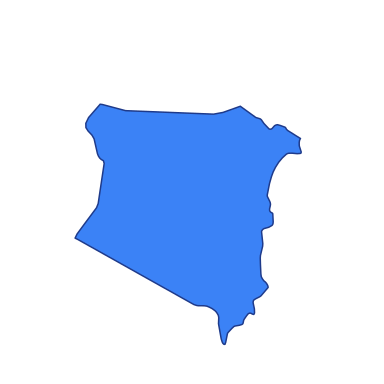 the Governorate of Kebili, rotated 41°
{"feature_id": "TUN-97", "entity_name": "Kebili", "entity_type": "Governorate", "adm_level": 1, "iso_a3": "TUN", "parent_name": "Tunisia", "parent_adm1": "", "projection": "robinson", "projection_center": [9.372, 33.366], "detail": "fine", "context": "isolated", "style": "filled", "palette": "blue", "viewbox_px": 384, "rotation_deg": 41, "n_neighbors": 0, "source": "natural_earth", "source_scale": "10m", "svg_char_len": 2409}
<svg xmlns="http://www.w3.org/2000/svg" viewBox="0 0 384 384"><g transform="rotate(41 192 192)"><path d="M102.2,227.0L99.9,226.9L97.6,226.2L95.5,225.1L83.2,216.1L79.1,214.7L73.8,214.2L69.7,213.0L66.8,209.8L65.1,203.6L65.1,186.0L66.9,184.8L88.5,174.2L157.2,119.1L163.2,111.6L172.2,95.6L191.3,93.9L195.3,92.1L196.2,92.0L197.0,92.0L201.3,93.1L208.3,93.8L209.0,93.8L209.3,93.6L209.7,93.4L210.1,93.0L210.5,92.5L210.7,91.9L210.8,91.4L210.8,88.5L210.9,87.6L211.1,87.1L211.3,86.6L211.6,86.1L212.0,85.6L212.4,85.1L214.9,83.9L219.3,82.2L220.2,82.0L222.2,82.7L223.9,82.8L238.7,80.5L239.4,82.7L240.5,84.4L242.4,86.5L243.0,87.0L248.1,90.1L248.5,90.7L248.7,91.2L248.5,91.7L248.2,92.1L246.2,94.1L242.0,97.1L240.0,98.9L239.5,99.4L239.2,99.8L238.7,100.7L238.4,101.6L237.8,107.0L237.9,112.7L238.8,118.6L240.1,123.6L241.9,128.3L244.9,134.7L250.7,144.8L251.1,145.3L251.5,145.7L252.0,146.0L256.9,148.1L258.0,148.7L259.0,149.5L259.4,149.9L260.1,151.0L261.6,153.8L262.0,154.3L262.4,154.8L262.9,155.1L263.4,155.4L263.9,155.5L264.5,155.6L266.0,155.3L266.5,155.2L267.0,155.3L267.5,155.7L272.8,161.2L273.8,162.6L274.2,163.5L274.3,164.2L274.3,164.7L274.0,165.7L273.3,167.6L273.1,168.2L270.4,172.3L270.2,172.9L270.0,173.7L270.0,174.9L270.2,175.7L270.6,176.4L279.3,184.5L280.9,186.6L285.3,195.0L286.8,197.0L291.3,201.9L297.8,208.7L299.9,210.5L302.3,211.4L304.2,211.8L305.3,211.9L306.2,211.8L307.1,211.9L308.3,212.1L310.5,212.9L311.4,213.5L312.0,214.0L312.1,214.5L312.1,215.0L312.2,225.0L312.0,226.0L311.7,227.0L310.2,230.6L309.6,232.6L309.6,233.1L309.7,233.9L310.2,234.7L310.6,235.3L311.2,235.8L315.8,239.3L318.5,242.2L318.9,243.2L318.9,243.9L318.4,244.2L317.4,244.6L316.0,244.9L315.6,245.1L315.1,245.5L314.8,245.9L314.6,246.3L314.4,246.8L314.3,247.3L314.4,249.8L314.9,254.0L315.2,255.0L316.0,256.4L316.6,257.5L316.8,258.2L316.7,258.9L316.5,259.4L315.2,261.5L312.5,264.8L312.2,265.4L311.9,265.9L311.6,268.6L311.4,274.1L311.5,275.2L311.7,275.7L316.2,283.6L316.4,284.3L316.8,285.2L316.5,285.7L316.0,286.0L315.5,286.0L315.0,286.0L314.4,285.9L313.2,285.4L310.4,283.7L298.4,274.0L294.8,269.5L294.4,269.1L293.4,268.3L292.5,267.7L290.4,267.0L288.7,266.6L287.3,266.5L283.7,266.8L280.8,267.5L278.1,268.4L275.8,269.9L271.2,273.8L270.1,274.5L267.3,275.7L136.3,302.9L134.2,303.5L134.0,303.4L132.8,299.0L131.7,285.3L130.3,266.6L128.8,262.3L117.5,244.6L107.0,228.1L104.6,226.5L102.2,227.0Z" fill="#3b82f6" stroke="#1e3a8a" stroke-width="1.5"/></g></svg>